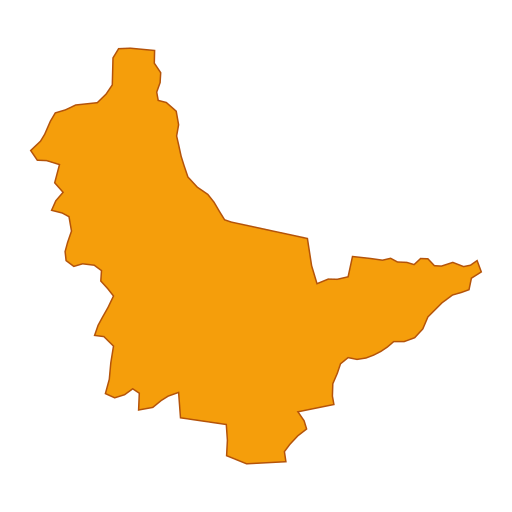 outline of Coqueiro Baixo, Rio Grande do Sul, Brazil
{"feature_id": "56859067B73251776772186", "entity_name": "Coqueiro Baixo", "entity_type": "district", "adm_level": 2, "iso_a3": "BRA", "parent_name": "Brazil", "parent_adm1": "Rio Grande do Sul", "projection": "robinson", "projection_center": [-52.121, -29.161], "detail": "fine", "context": "isolated", "style": "filled", "palette": "amber", "viewbox_px": 512, "rotation_deg": 0, "n_neighbors": 0, "source": "geoboundaries", "source_scale": "gbopen_adm2", "svg_char_len": 1631}
<svg xmlns="http://www.w3.org/2000/svg" viewBox="0 0 512 512"><path d="M154.6,50.5L130.4,48.2L118.6,48.7L113.0,57.9L112.3,84.9L106.1,94.1L97.3,102.7L75.7,105.0L65.4,109.9L55.3,112.9L50.4,121.2L44.7,134.3L40.5,141.2L30.7,150.5L37.3,160.2L46.6,160.6L59.5,164.6L54.7,182.8L63.1,192.3L55.8,200.8L51.6,210.3L62.2,213.0L69.0,216.7L71.5,231.1L67.6,242.4L65.1,251.6L66.1,260.6L73.8,266.4L82.6,263.8L94.2,265.2L101.5,270.6L100.8,281.0L107.7,288.6L113.5,296.0L108.1,307.3L102.0,318.1L98.1,325.3L94.6,335.4L103.9,336.6L113.5,346.1L110.8,362.9L109.3,379.3L105.4,393.6L114.7,397.8L124.6,394.7L132.7,388.8L139.3,393.2L138.6,410.0L152.8,407.4L161.2,400.5L168.2,396.1L178.6,392.4L180.5,417.8L226.3,424.5L227.4,440.3L226.6,455.7L246.6,463.8L285.9,461.7L284.4,451.6L289.8,444.4L297.8,435.8L306.6,429.0L304.1,420.8L297.9,411.8L333.9,404.5L332.4,396.1L332.8,383.7L337.3,373.3L340.5,363.8L348.1,357.6L357.0,359.4L366.0,358.0L373.6,355.1L381.0,351.3L387.4,347.0L393.7,341.6L404.1,341.6L414.7,337.7L422.8,328.9L427.9,316.9L433.6,311.2L442.1,302.7L452.5,295.0L461.8,292.3L469.0,289.7L471.4,278.2L481.3,271.9L477.1,260.6L470.5,265.2L463.6,266.6L452.8,262.4L441.4,266.1L434.4,265.7L427.9,258.8L420.6,258.5L414.1,264.6L406.8,262.4L397.5,262.0L390.6,258.3L382.5,260.2L370.6,258.5L352.5,256.5L348.1,276.8L337.3,279.3L328.2,279.1L317.0,283.7L311.6,265.7L307.4,238.5L231.3,222.1L224.6,219.8L219.4,211.4L214.0,202.2L207.8,194.4L197.3,187.2L187.9,177.0L184.0,165.5L181.1,156.2L178.6,144.7L176.6,136.0L178.6,124.8L176.2,111.2L166.3,102.5L158.2,100.4L156.7,92.1L160.1,82.6L160.7,72.7L154.3,63.2L154.6,50.5Z" fill="#f59e0b" stroke="#b45309" stroke-width="1.5"/></svg>